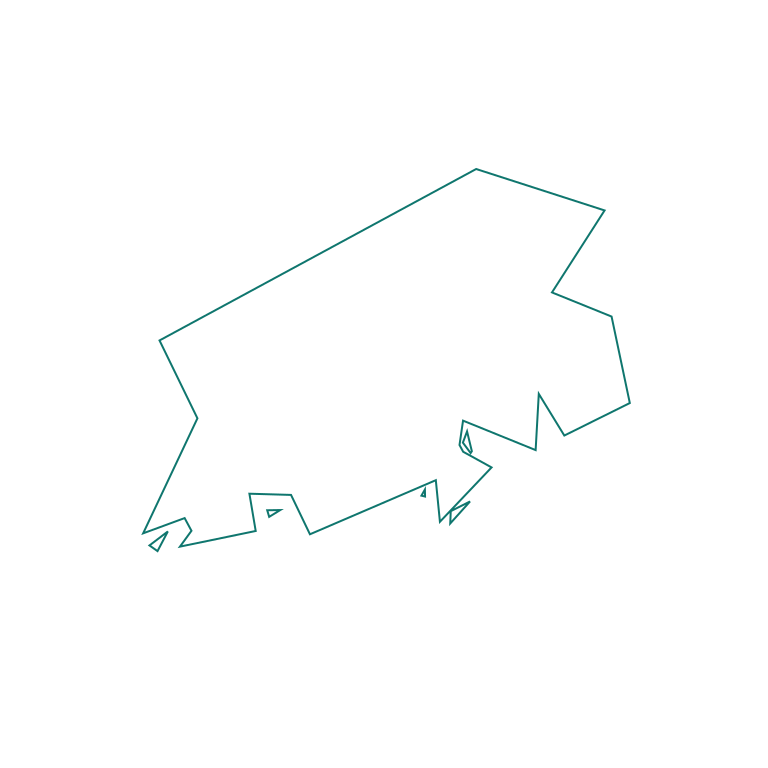 an SVG outline of Fujian, rotated 41°
{"feature_id": "CHN-1178", "entity_name": "Fujian", "entity_type": "Province", "adm_level": 1, "iso_a3": "CHN", "parent_name": "China", "parent_adm1": "", "projection": "equal_earth", "projection_center": [118.681, 25.949], "detail": "coarse", "context": "isolated", "style": "outline", "palette": "teal", "viewbox_px": 768, "rotation_deg": 41, "n_neighbors": 0, "source": "natural_earth", "source_scale": "10m", "svg_char_len": 722}
<svg xmlns="http://www.w3.org/2000/svg" viewBox="0 0 768 768"><g transform="rotate(41 384 384)"><path d="M582.0,237.1L553.9,304.6L507.3,289.9L541.8,334.4L467.7,359.8L481.0,380.5L488.2,383.2L519.9,376.4L516.6,451.3L486.2,422.6L426.7,546.0L386.6,528.7L354.4,555.1L383.6,579.1L336.7,640.6L335.0,621.1L321.5,616.0L300.2,654.7L265.7,532.3L186.0,498.4L312.5,161.3L436.6,108.3L450.7,204.7L511.5,183.8L582.0,237.1ZM526.0,416.2L525.5,445.8L517.8,436.2L526.0,416.2ZM317.6,637.1L322.7,658.7L312.9,659.7L317.6,637.1ZM378.7,555.9L388.4,547.2L384.5,559.6L378.7,555.9ZM477.8,365.3L494.4,377.1L494.7,379.3L482.0,376.5L477.8,365.3ZM484.1,436.8L488.8,442.0L485.5,443.7L484.1,436.8Z" fill="none" stroke="#0f766e" stroke-width="2"/></g></svg>